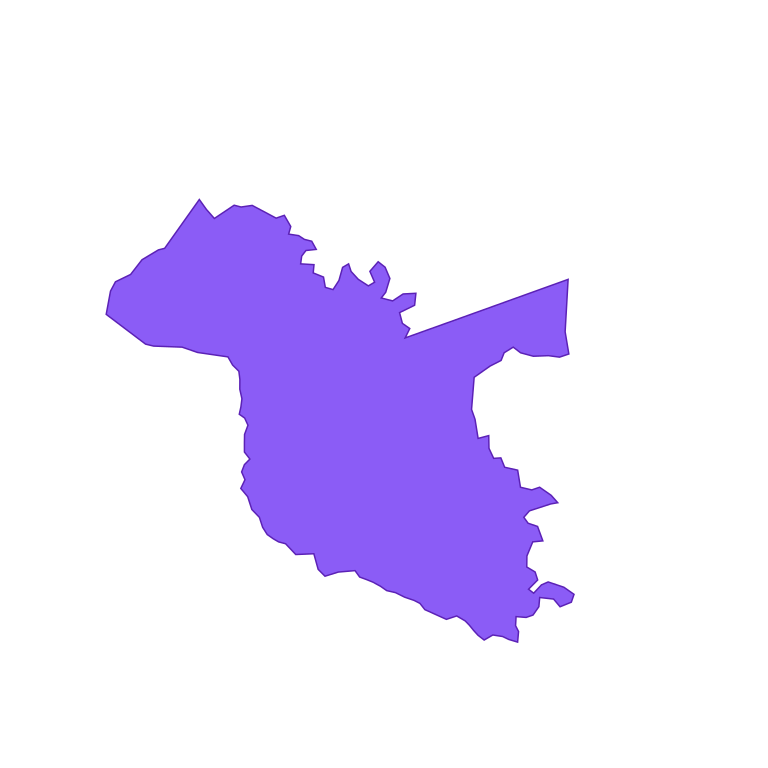 Planalto, Rio Grande do Sul, Brazil (Mercator projection), rotated 215°
{"feature_id": "56859067B33524809898700", "entity_name": "Planalto", "entity_type": "district", "adm_level": 2, "iso_a3": "BRA", "parent_name": "Brazil", "parent_adm1": "Rio Grande do Sul", "projection": "mercator", "projection_center": [-53.094, -27.352], "detail": "fine", "context": "isolated", "style": "filled", "palette": "violet", "viewbox_px": 768, "rotation_deg": 215, "n_neighbors": 0, "source": "geoboundaries", "source_scale": "gbopen_adm2", "svg_char_len": 2115}
<svg xmlns="http://www.w3.org/2000/svg" viewBox="0 0 768 768"><g transform="rotate(215 384 384)"><path d="M221.1,222.6L197.9,227.0L191.4,235.7L181.6,236.5L175.8,235.4L169.1,233.5L162.9,232.1L155.1,231.7L150.9,240.8L142.0,245.2L135.3,246.3L126.5,249.2L131.8,258.4L137.6,261.5L142.4,269.2L133.7,274.3L129.4,280.2L129.4,290.4L134.0,298.4L121.7,305.1L112.0,302.5L105.4,312.7L107.7,320.7L120.1,320.7L136.0,316.0L139.8,309.8L141.4,298.5L147.9,298.8L145.7,311.6L152.4,316.7L162.1,316.0L168.3,325.1L171.6,340.0L163.9,346.6L176.5,355.4L186.1,352.6L193.0,355.0L192.1,363.5L178.7,381.3L173.6,386.4L183.2,388.7L197.3,388.7L202.2,382.0L213.0,377.7L225.1,390.1L237.4,385.0L245.9,390.5L251.5,386.0L261.1,391.5L268.6,401.8L275.7,393.4L289.2,407.3L297.7,413.4L314.0,441.2L307.4,459.5L301.6,470.5L303.5,478.5L299.3,488.3L290.0,487.9L277.6,492.4L265.6,501.5L255.6,506.7L249.8,514.6L265.6,530.7L293.2,575.3L357.7,483.9L393.1,433.9L394.7,444.2L403.7,444.2L412.2,451.4L404.1,466.1L409.9,476.6L420.0,468.7L424.6,457.0L435.6,452.9L435.2,460.1L439.7,473.8L450.1,480.3L458.9,480.8L460.2,468.2L450.1,462.0L453.1,455.4L465.1,455.0L475.5,457.3L481.9,462.1L484.8,455.8L480.3,443.0L479.9,432.1L487.5,429.5L494.9,436.9L505.7,434.4L509.8,441.6L521.2,434.6L524.8,441.6L524.5,448.6L516.7,455.4L525.1,459.5L532.2,456.8L539.0,456.6L548.1,452.1L550.7,459.5L562.4,465.0L567.5,458.0L594.4,454.7L602.6,447.0L609.3,444.5L617.9,422.3L629.5,425.1L641.1,429.2L641.5,369.3L645.7,364.5L653.5,347.0L654.4,328.4L662.6,313.7L661.3,303.2L651.5,281.7L602.2,279.9L594.5,282.9L570.5,298.4L554.8,302.9L527.4,316.7L518.9,312.7L510.2,311.2L504.7,305.1L499.1,297.0L491.9,290.4L488.1,283.2L485.2,276.2L478.6,276.2L471.8,272.2L469.3,262.7L464.7,255.9L459.3,248.2L450.8,245.6L452.1,237.9L450.2,230.3L443.0,225.9L441.4,216.3L431.0,213.5L420.3,205.4L409.6,203.3L401.2,197.0L393.3,193.7L385.9,193.7L379.8,194.2L373.0,196.7L358.5,193.7L344.1,204.7L331.6,194.4L322.1,192.7L313.6,203.7L300.7,214.5L293.2,211.9L286.1,213.8L279.6,215.3L270.9,216.3L263.3,216.3L254.9,219.7L244.9,221.2L235.2,224.0L228.7,224.9L221.1,222.6Z" fill="#8b5cf6" stroke="#5b21b6" stroke-width="1.5"/></g></svg>